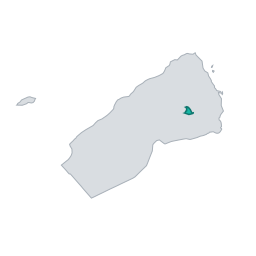 Majzar, Ma'rib, Yemen (highlighted), rotated 164°
{"feature_id": "15242507B39058401263822", "entity_name": "Majzar", "entity_type": "district", "adm_level": 2, "iso_a3": "YEM", "parent_name": "Yemen", "parent_adm1": "Ma'rib", "projection": "orthographic", "projection_center": [44.889, 15.793], "detail": "fine", "context": "in_parent", "style": "filled", "palette": "teal", "viewbox_px": 256, "rotation_deg": 164, "n_neighbors": 0, "source": "geoboundaries", "source_scale": "gbopen_adm2", "svg_char_len": 3628}
<svg xmlns="http://www.w3.org/2000/svg" viewBox="0 0 256 256"><g transform="rotate(164 128 128)"><path d="M202.3,110.7L194.1,114.1L192.0,115.6L190.1,117.3L188.6,119.5L187.7,123.3L188.6,126.6L188.6,128.5L186.5,129.7L184.5,130.7L182.3,132.1L181.0,132.5L179.9,133.6L178.6,134.3L174.0,136.4L168.9,138.0L160.8,140.0L157.7,142.0L154.9,143.4L150.5,143.9L144.6,145.9L141.3,147.5L137.2,149.9L136.3,150.7L135.6,152.5L134.4,154.0L131.9,156.6L130.0,157.9L128.8,158.0L126.4,158.7L123.5,158.9L118.6,158.1L117.4,158.7L116.4,159.7L112.7,161.5L108.9,164.9L106.1,165.9L101.6,167.0L98.5,168.5L96.4,169.0L93.7,169.4L88.6,169.3L83.8,169.8L79.4,170.8L77.3,172.6L75.0,175.5L71.1,176.7L70.2,177.7L69.0,179.9L66.4,180.4L64.2,180.8L61.8,179.8L57.4,182.4L55.8,182.8L53.3,182.9L51.5,183.4L50.2,183.3L48.6,182.3L45.2,181.0L42.7,181.8L42.5,179.4L38.4,171.9L39.3,165.5L39.3,164.6L38.5,161.7L36.1,159.0L36.2,155.7L35.4,153.3L34.8,150.8L35.0,150.1L35.1,149.6L33.8,145.8L33.4,145.0L33.3,144.2L33.7,143.6L33.7,142.9L33.0,141.7L32.4,139.5L29.1,137.7L29.8,136.1L30.4,136.7L31.3,137.2L31.4,136.1L31.5,135.3L30.1,130.4L32.2,123.9L31.6,118.0L34.8,115.6L35.6,114.9L36.0,114.3L36.8,112.9L37.8,112.5L38.1,111.1L38.1,110.4L37.5,109.8L37.0,108.1L37.2,106.0L37.4,105.2L37.7,103.6L38.8,103.0L39.0,102.5L38.2,101.5L38.3,100.9L40.2,99.2L40.9,98.7L42.1,98.2L43.0,98.2L44.1,98.5L45.0,99.0L46.0,99.9L46.9,100.8L48.5,101.2L49.5,101.1L50.3,101.6L51.0,101.3L51.8,100.8L53.1,100.9L54.3,100.3L57.6,100.0L60.8,100.2L64.1,99.8L67.4,99.8L70.7,99.8L71.5,99.9L72.2,100.2L75.0,101.7L77.1,102.0L81.4,102.4L86.0,102.8L90.0,103.1L93.4,102.8L96.2,102.5L96.9,102.5L97.8,103.4L99.5,105.7L101.1,107.9L103.9,108.0L105.6,107.1L107.6,106.0L108.8,105.0L110.1,101.5L111.0,99.2L113.0,96.6L114.7,94.4L116.9,91.5L118.1,89.9L120.6,86.7L122.9,85.5L127.4,83.1L131.8,80.7L134.7,79.1L137.2,78.4L141.3,77.7L146.2,76.9L151.0,76.1L156.2,75.2L161.9,74.3L165.8,73.6L170.8,72.7L175.0,72.0L178.7,71.3L182.5,70.7L183.3,72.4L184.1,74.1L184.9,75.8L185.7,77.5L186.5,79.2L187.3,80.9L188.1,82.6L188.8,84.3L189.6,86.0L190.4,87.7L191.2,89.4L192.0,91.1L192.8,92.8L193.6,94.5L194.4,96.2L195.2,97.9L196.0,99.6L197.2,100.1L198.0,101.7L199.0,104.0L200.1,106.2L201.2,108.4L202.3,110.7ZM216.2,179.8L217.2,180.0L218.8,179.3L223.3,179.0L228.7,180.7L227.7,181.3L227.2,182.0L224.8,182.7L222.5,184.3L215.6,185.3L213.6,185.0L211.9,183.7L208.7,181.9L209.9,180.7L210.2,180.1L210.6,179.6L212.3,178.6L214.0,178.7L216.2,179.8ZM31.0,159.6L30.8,160.0L30.5,159.9L29.5,159.0L30.6,158.0L31.2,158.9L31.0,159.6ZM27.9,136.5L27.4,136.9L27.3,136.2L27.6,134.7L28.2,134.2L28.5,135.4L28.3,136.0L27.9,136.5ZM30.5,164.3L29.3,164.8L30.1,163.4L30.9,163.1L31.1,163.2L30.5,164.3Z" fill="#d9dde1" stroke="#a8b0b8" stroke-width="1"/><path d="M65.7,124.2L63.6,124.1L61.7,124.1L61.4,124.2L61.2,124.6L61.5,124.6L62.1,124.8L62.3,125.0L62.4,125.3L62.5,125.5L62.6,126.0L62.8,126.9L62.9,127.5L62.9,127.8L63.0,128.2L63.1,128.6L63.2,128.8L63.8,130.4L64.1,130.6L64.3,130.9L64.5,130.9L64.7,131.0L64.8,131.1L64.8,131.3L64.6,131.5L65.6,132.3L65.8,132.3L65.8,132.2L66.0,132.1L66.3,132.0L66.5,132.1L66.8,132.1L66.7,132.0L66.7,131.9L66.5,131.7L66.4,131.7L66.2,131.5L66.2,131.4L66.2,131.2L66.3,131.1L66.4,130.9L66.4,130.7L66.4,130.4L66.4,130.2L66.4,129.9L66.5,129.8L66.5,129.7L66.6,129.4L66.6,129.2L66.7,128.9L66.8,128.8L66.8,128.7L66.9,128.4L67.0,128.4L67.3,128.4L67.5,128.3L67.7,128.2L67.8,128.2L67.9,127.9L68.0,127.9L68.2,127.7L68.3,127.7L68.5,127.5L68.6,127.4L68.7,127.2L68.8,127.0L68.8,126.9L69.0,126.9L69.2,126.7L69.3,126.7L68.3,126.0L68.2,125.9L67.4,125.4L66.7,124.9L66.3,124.6L66.1,124.4L65.9,124.3L65.7,124.2Z" fill="#14b8a6" stroke="#0f766e" stroke-width="1.5"/></g></svg>